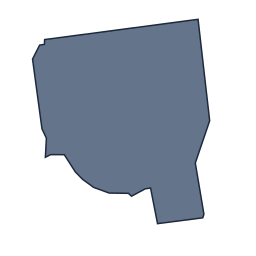 Henderson, Tennessee, United States of America, rotated 351°
{"feature_id": "52423323B24254636844315", "entity_name": "Henderson", "entity_type": "district", "adm_level": 2, "iso_a3": "USA", "parent_name": "United States of America", "parent_adm1": "Tennessee", "projection": "natural_earth1", "projection_center": [-88.459, 35.621], "detail": "fine", "context": "isolated", "style": "filled", "palette": "slate", "viewbox_px": 256, "rotation_deg": 351, "n_neighbors": 0, "source": "geoboundaries", "source_scale": "gbopen_adm2", "svg_char_len": 439}
<svg xmlns="http://www.w3.org/2000/svg" viewBox="0 0 256 256"><g transform="rotate(351 128 128)"><path d="M44.5,45.0L42.9,115.3L45.8,125.3L41.8,144.0L47.4,142.2L60.9,144.4L69.1,163.1L75.1,171.6L84.8,181.3L99.2,189.3L118.2,192.6L120.8,195.9L135.4,190.8L140.9,190.8L142.2,227.1L187.8,228.4L189.5,225.0L189.0,173.1L209.8,133.6L214.2,31.6L59.5,27.6L58.5,32.3L53.7,32.3L44.5,45.0Z" fill="#64748b" stroke="#1e293b" stroke-width="1.5"/></g></svg>